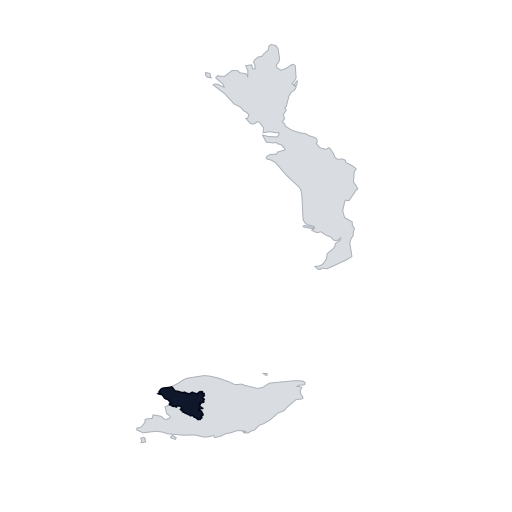 where Kelantan sits in Malaysia, rotated 284°
{"feature_id": "MYS-1144", "entity_name": "Kelantan", "entity_type": "State", "adm_level": 1, "iso_a3": "MYS", "parent_name": "Malaysia", "parent_adm1": "", "projection": "equal_earth", "projection_center": [101.974, 5.407], "detail": "fine", "context": "in_parent", "style": "filled", "palette": "ink", "viewbox_px": 512, "rotation_deg": 284, "n_neighbors": 0, "source": "natural_earth", "source_scale": "10m", "svg_char_len": 8157}
<svg xmlns="http://www.w3.org/2000/svg" viewBox="0 0 512 512"><g transform="rotate(284 256 256)"><path d="M429.4,254.1L426.7,253.4L423.0,250.4L419.2,249.3L408.3,249.2L406.7,248.3L404.6,250.1L400.8,248.6L398.6,248.8L396.2,250.6L392.8,249.0L391.1,251.7L388.9,253.4L386.6,260.7L386.2,269.5L386.7,274.9L385.6,277.9L385.2,284.0L384.3,286.7L381.3,287.9L379.9,287.0L377.2,290.7L376.5,292.3L376.4,298.2L378.6,300.2L378.5,301.4L374.1,306.4L370.2,309.3L369.6,311.8L371.1,317.0L370.5,319.5L368.4,320.8L366.9,327.5L365.1,331.8L364.4,332.2L361.7,330.9L351.3,332.7L348.3,336.3L345.4,338.5L343.0,336.4L341.9,336.5L332.2,332.8L331.8,329.5L330.8,328.9L320.9,329.2L314.7,332.6L312.4,341.1L309.1,342.0L306.7,344.9L302.4,344.6L299.7,345.4L295.5,344.0L291.5,343.8L278.8,349.2L274.8,345.4L262.4,330.2L260.6,327.6L260.2,322.9L258.8,322.0L258.4,320.8L258.1,319.5L260.1,315.7L262.0,320.6L265.1,323.2L270.4,325.1L275.5,324.5L282.4,329.5L284.7,330.3L287.1,329.9L291.5,333.7L294.1,333.9L290.6,331.2L290.0,329.2L290.4,327.0L292.6,324.0L293.0,319.3L294.7,314.6L295.1,312.5L293.8,310.8L293.5,307.9L294.5,303.9L296.8,306.0L298.8,305.5L298.8,298.2L300.2,295.1L302.6,292.9L326.3,285.7L330.2,284.0L332.9,281.8L341.4,266.4L351.5,252.0L352.8,246.9L352.7,243.3L353.3,242.4L354.4,241.9L356.7,243.8L357.9,245.2L360.0,251.4L362.0,251.6L365.4,257.6L366.1,258.3L367.1,257.9L369.7,254.1L370.4,251.3L369.8,250.9L371.0,247.7L369.9,245.6L369.0,238.3L374.9,233.1L374.9,239.1L376.7,247.8L379.7,249.0L381.2,248.5L380.4,245.9L380.1,240.8L379.2,237.4L377.3,233.1L382.3,232.2L386.1,227.6L386.7,224.7L384.2,222.9L383.2,220.8L383.2,218.4L387.1,212.9L387.5,214.5L390.0,214.9L391.2,214.9L392.9,212.6L393.7,209.4L396.7,204.9L398.3,197.8L405.8,186.6L411.6,173.1L412.9,174.2L413.3,177.8L412.0,184.2L414.7,182.6L419.1,173.8L421.8,175.2L421.7,177.6L422.8,182.1L430.3,188.0L431.4,193.7L429.8,195.9L430.4,201.5L429.9,203.2L427.4,204.8L434.1,203.2L438.1,200.0L440.5,205.5L436.7,207.6L437.5,210.0L441.2,208.6L443.4,206.7L445.6,207.1L449.0,209.3L450.1,210.6L450.8,213.2L453.3,214.2L458.6,217.9L463.3,217.9L464.9,219.7L464.9,224.5L462.4,227.4L452.6,231.3L450.0,231.2L446.4,229.7L443.8,230.6L442.3,235.2L445.3,239.8L450.4,244.5L451.1,245.7L450.1,248.1L438.6,251.8L436.2,251.4L432.0,249.1L429.4,254.1ZM57.1,188.9L58.4,182.3L60.2,182.0L62.0,185.8L68.0,188.7L69.8,187.8L70.7,188.3L71.5,189.3L73.2,194.5L77.0,194.6L77.5,202.8L75.7,206.0L75.5,208.1L78.3,212.0L79.9,211.0L81.4,207.6L87.7,204.2L90.3,207.9L92.7,207.9L94.5,206.6L95.8,202.1L98.4,198.8L99.3,194.6L103.0,195.7L104.4,196.6L108.6,205.5L114.0,211.7L118.1,215.2L120.6,218.5L127.4,234.5L128.2,239.7L128.5,247.7L127.5,259.6L126.2,265.6L126.5,268.4L128.2,272.7L127.7,276.8L127.9,289.6L130.0,294.2L135.9,299.8L144.6,324.4L146.0,331.4L145.2,334.1L143.7,334.7L142.3,333.4L141.5,330.0L139.5,327.3L139.7,332.2L136.0,331.5L133.4,332.3L130.3,335.7L128.8,335.8L126.2,329.5L116.3,322.4L112.7,320.6L108.9,315.3L100.3,309.3L94.8,303.5L92.5,300.0L86.9,296.8L84.5,293.1L82.1,291.0L83.4,287.4L82.2,280.4L78.3,274.1L76.4,269.8L72.7,265.4L69.8,259.9L71.5,258.3L68.6,252.5L67.6,248.2L67.6,240.2L64.6,229.0L62.1,213.4L62.5,207.9L61.9,202.0L57.1,188.9ZM419.4,168.0L418.1,169.6L417.7,165.4L419.4,163.2L421.9,162.8L422.0,166.5L421.4,167.6L419.4,168.0ZM51.4,188.2L52.9,191.3L51.7,193.0L50.8,192.6L49.1,194.0L47.3,191.0L47.1,189.5L49.3,189.8L51.4,188.2ZM297.6,304.5L297.0,304.9L296.0,303.9L295.7,295.2L296.4,294.4L297.4,296.1L297.6,304.5ZM61.8,218.5L60.2,222.6L58.6,222.1L58.9,217.4L59.8,216.8L61.8,218.5ZM436.0,253.6L433.0,254.2L431.0,254.1L431.2,251.8L432.2,251.4L436.0,253.6ZM144.6,295.4L143.0,295.5L142.6,294.4L143.8,291.4L144.6,295.4ZM82.6,288.0L81.6,288.6L81.7,286.8L82.5,285.8L82.6,288.0Z" fill="#d9dde1" stroke="#a8b0b8" stroke-width="1"/><path d="M92.6,209.1L92.9,209.0L93.2,208.6L93.4,208.0L93.5,207.9L94.1,207.3L94.2,207.1L94.3,206.8L94.4,206.6L94.6,206.4L95.3,205.6L95.5,204.5L95.5,203.3L95.8,202.1L96.3,201.2L97.9,199.6L98.5,198.8L98.7,197.9L98.6,195.7L98.7,194.2L99.3,194.7L100.4,195.7L100.7,195.9L101.2,195.7L101.3,195.4L101.1,195.1L100.7,195.3L101.0,194.8L101.4,194.9L103.9,196.1L104.4,196.5L105.3,197.7L107.8,204.5L108.3,205.2L108.7,205.7L108.7,205.8L107.9,207.1L106.3,209.1L105.5,210.2L105.4,210.6L105.7,212.1L105.8,212.3L105.8,212.6L105.8,212.8L105.8,213.3L105.8,214.8L105.7,215.0L105.5,215.4L105.7,217.1L105.7,217.6L105.7,217.8L105.6,218.0L106.0,218.7L106.4,219.2L106.5,219.4L106.6,219.6L106.5,220.4L106.2,221.2L106.1,221.8L106.1,223.5L106.1,223.9L106.1,224.1L106.1,224.4L106.0,224.8L106.0,225.0L106.5,225.3L106.7,225.5L106.9,225.5L107.1,225.7L107.3,225.8L107.6,226.3L107.8,226.5L108.0,226.6L108.2,227.0L108.4,227.2L108.4,227.3L108.3,227.5L108.3,227.8L108.2,227.9L107.9,228.0L108.2,229.6L108.1,229.8L107.9,230.0L107.9,230.4L107.9,230.6L108.1,231.4L108.1,231.9L108.1,232.1L108.1,232.7L108.1,232.8L108.4,233.1L108.5,233.1L108.7,232.9L108.8,232.9L109.5,233.2L110.5,234.2L110.7,234.3L110.8,234.4L110.9,234.6L110.9,235.0L111.0,235.4L111.1,235.5L111.4,236.3L111.4,236.5L111.3,236.9L110.8,236.9L110.7,236.8L110.5,236.6L110.4,236.5L110.2,236.6L110.1,236.9L110.1,237.2L109.9,237.7L110.0,237.8L110.0,238.0L110.1,238.5L110.1,238.8L110.0,239.0L109.9,239.0L109.7,239.0L109.3,238.9L109.2,238.9L109.0,238.6L108.9,238.7L108.8,238.8L108.7,239.1L108.3,239.4L108.2,239.6L107.7,239.5L107.6,239.4L107.4,239.2L107.0,238.9L106.8,238.6L106.7,238.5L106.4,238.5L106.2,238.4L105.8,238.3L105.5,238.4L105.3,238.5L105.1,238.7L105.1,238.9L105.1,239.0L105.1,239.3L104.9,239.7L104.7,240.0L104.5,240.4L104.4,240.5L104.2,240.5L103.9,240.4L103.6,240.3L103.2,240.0L103.1,239.9L102.9,240.0L102.5,240.1L102.3,240.3L102.0,240.7L101.6,240.6L101.4,240.5L101.3,240.2L101.2,240.1L101.0,239.9L100.9,239.5L100.9,239.3L100.7,239.1L100.0,238.3L99.9,238.2L99.9,237.7L99.7,237.3L99.7,237.2L98.3,237.9L98.1,237.9L97.8,237.6L97.7,237.6L97.3,237.2L97.2,237.1L97.0,237.3L96.9,237.3L96.7,237.3L96.6,237.2L96.4,237.1L96.2,237.4L96.2,237.5L96.2,237.9L96.2,238.1L96.2,238.3L96.0,239.6L95.9,239.8L95.7,240.2L95.5,240.4L95.4,240.7L95.4,241.1L95.2,241.2L95.0,240.9L94.9,240.5L94.9,240.4L94.9,240.1L94.9,239.9L94.9,239.7L94.4,239.3L94.3,239.1L94.2,239.1L94.0,238.9L93.9,238.6L93.9,238.4L93.7,238.3L93.5,238.2L93.4,238.2L93.3,237.9L93.3,237.6L93.3,237.4L93.2,237.1L92.7,237.1L92.5,237.4L92.4,237.6L92.4,237.8L92.5,238.5L92.4,239.3L92.4,239.9L92.4,240.1L92.3,240.5L92.2,240.7L92.1,240.8L91.5,241.0L91.4,241.1L91.2,241.4L91.1,241.5L90.4,242.0L90.2,242.1L90.1,242.3L90.1,242.5L89.9,242.7L89.7,242.8L89.2,243.0L89.0,242.9L88.8,242.8L88.5,242.9L88.2,242.6L88.1,242.4L87.7,242.2L87.5,241.9L87.4,241.9L87.0,241.8L86.7,241.8L86.3,242.0L86.2,242.1L86.1,242.5L85.9,242.6L85.7,242.5L85.4,242.2L85.0,241.8L84.8,241.7L83.9,241.4L83.8,240.6L83.6,240.2L83.2,239.4L83.4,238.8L83.7,238.8L83.8,238.7L84.0,238.7L84.2,238.4L84.2,238.0L84.1,237.7L84.1,237.4L84.2,237.2L84.4,237.2L84.5,237.1L84.5,236.9L84.6,236.6L84.7,236.4L84.8,236.3L84.8,236.2L84.7,235.8L84.6,235.3L84.6,235.2L84.8,234.7L85.4,234.5L85.4,234.4L85.5,234.3L85.7,233.5L85.7,233.1L85.6,231.9L85.3,231.5L85.1,231.0L85.5,230.6L85.6,230.4L85.6,229.8L85.8,229.4L85.8,228.9L85.8,228.7L85.9,228.3L86.2,227.7L86.2,227.1L86.3,226.6L86.4,226.4L86.3,226.2L86.4,225.9L86.4,225.6L86.4,225.4L86.5,224.9L86.6,224.7L86.9,224.1L86.9,223.9L86.9,223.4L87.1,222.9L87.1,222.5L87.1,222.4L87.4,222.4L87.5,222.4L87.7,222.2L87.8,221.9L88.2,221.5L88.3,221.3L88.3,221.2L88.3,220.8L88.3,220.7L88.7,220.3L88.8,220.2L89.0,220.0L89.0,219.9L89.2,220.0L89.4,220.2L89.4,220.3L89.9,220.4L90.0,220.4L90.2,220.6L90.3,220.7L90.5,220.4L90.8,220.2L91.0,220.2L91.2,220.3L91.3,220.3L91.4,220.2L91.5,220.2L91.7,219.9L91.8,219.8L91.9,219.7L91.8,219.1L91.8,218.3L91.9,218.0L91.9,217.9L91.9,217.7L91.8,217.4L91.8,217.1L91.8,216.9L91.9,216.5L91.9,216.3L91.9,216.1L91.9,215.9L91.8,215.7L91.7,215.6L91.4,215.6L91.3,215.4L91.1,215.5L90.9,215.6L90.6,215.4L90.3,215.4L90.2,215.4L90.1,215.1L90.3,214.5L90.4,214.2L90.5,213.9L90.5,213.7L90.5,213.2L90.4,213.0L90.4,212.9L90.2,212.8L90.1,212.7L90.1,212.3L90.1,211.9L90.1,211.6L90.0,211.3L90.1,211.2L90.2,210.8L90.4,210.6L90.6,210.4L90.7,209.9L90.8,208.4L90.7,208.2L91.1,207.8L91.4,207.7L91.6,207.8L91.8,208.1L91.9,208.4L92.1,208.7L92.6,209.1Z" fill="#0f172a" stroke="#020617" stroke-width="1.5"/></g></svg>